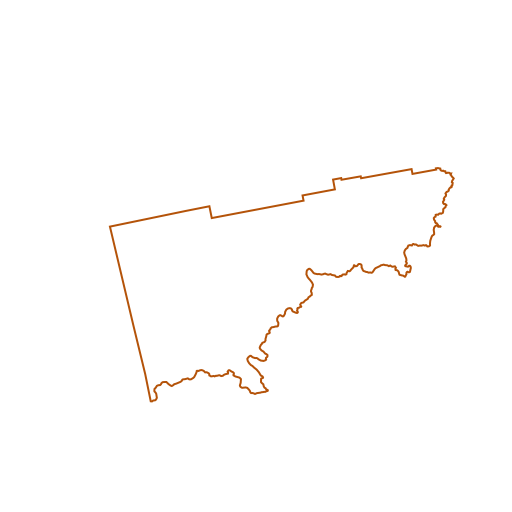 the district of General Belgrano, Buenos Aires, Argentina, rotated 125°
{"feature_id": "61730980B33550812065578", "entity_name": "General Belgrano", "entity_type": "district", "adm_level": 2, "iso_a3": "ARG", "parent_name": "Argentina", "parent_adm1": "Buenos Aires", "projection": "natural_earth1", "projection_center": [-58.766, -35.854], "detail": "fine", "context": "isolated", "style": "outline", "palette": "amber", "viewbox_px": 512, "rotation_deg": 125, "n_neighbors": 0, "source": "geoboundaries", "source_scale": "gbopen_adm2", "svg_char_len": 6115}
<svg xmlns="http://www.w3.org/2000/svg" viewBox="0 0 512 512"><g transform="rotate(125 256 256)"><path d="M372.1,193.5L372.0,192.0L371.8,191.6L369.6,189.1L369.0,187.4L369.2,186.8L369.5,185.0L370.2,183.3L370.9,182.5L371.1,181.4L370.2,180.2L369.7,178.5L369.6,177.7L367.8,176.6L365.4,174.0L364.4,173.3L363.3,172.0L362.7,171.5L362.0,170.5L361.3,170.2L359.8,169.1L359.2,169.3L359.1,169.6L359.4,171.2L358.8,172.3L359.0,173.4L358.4,174.8L356.9,176.4L356.7,178.6L356.4,179.6L353.7,181.4L353.4,181.4L351.9,180.4L351.5,180.5L351.2,180.9L350.9,181.7L351.1,183.2L350.9,184.1L349.6,186.9L348.7,190.3L348.5,193.6L348.1,195.9L348.3,197.5L347.8,200.0L346.7,202.5L345.4,204.0L345.0,204.2L343.4,204.2L342.1,203.9L341.1,203.5L340.7,202.8L340.9,200.8L340.2,198.3L339.3,197.1L339.0,196.0L339.2,194.9L338.9,192.1L337.6,189.6L335.8,188.4L335.0,188.3L334.3,189.1L333.7,189.4L332.4,189.0L331.8,189.0L331.2,189.3L330.5,189.9L330.4,191.4L330.7,192.2L330.6,192.8L330.0,195.1L330.2,197.3L329.6,199.7L328.8,200.5L326.9,200.9L325.7,201.0L324.8,200.8L323.5,201.0L321.5,199.7L320.3,199.7L319.6,199.8L318.6,200.6L315.7,201.6L314.5,202.2L313.6,202.1L311.4,200.7L310.6,201.0L310.0,202.2L309.6,202.4L307.9,202.2L306.9,202.5L305.4,202.2L304.0,200.7L302.8,199.8L301.4,198.1L301.0,197.9L300.0,198.1L298.1,199.2L297.7,199.7L297.0,201.3L296.1,202.1L295.0,202.8L292.7,203.1L291.3,202.7L290.6,202.3L290.3,200.9L290.3,199.7L289.7,199.0L288.9,198.9L286.6,199.2L285.0,200.1L282.5,200.4L280.6,199.7L279.3,198.4L278.9,197.2L279.0,196.7L279.2,195.9L279.9,195.2L280.3,194.2L279.7,191.1L279.3,190.0L279.0,189.6L278.3,189.4L277.8,189.7L277.1,191.1L275.9,191.4L275.3,192.0L274.7,192.0L273.7,191.1L272.2,190.5L271.7,189.9L271.4,190.0L271.0,191.1L270.5,191.9L269.3,192.0L268.4,191.9L266.8,190.5L264.5,190.3L261.4,189.0L259.7,189.3L258.1,188.6L257.3,188.6L256.1,188.0L255.8,188.0L254.3,189.2L253.6,190.5L252.5,191.2L251.3,191.4L250.3,191.9L248.9,191.9L246.8,192.9L245.6,194.9L244.5,198.5L244.3,199.7L243.7,201.6L242.1,204.2L239.5,205.7L238.5,206.0L236.4,205.5L235.7,204.7L235.7,203.9L235.9,202.4L236.9,199.1L236.8,198.0L235.7,195.4L234.5,193.8L233.6,191.6L232.1,190.3L231.5,190.0L230.7,189.2L230.6,188.4L230.0,186.2L228.1,184.5L228.0,182.9L226.7,180.2L227.1,178.7L226.8,177.8L226.0,176.6L225.3,176.0L224.5,175.7L223.9,175.0L223.8,175.3L223.1,174.6L221.7,174.4L221.2,174.1L220.8,173.4L220.4,173.2L220.0,172.1L219.1,171.5L218.1,172.0L215.6,172.2L214.8,170.6L214.0,170.3L212.7,170.3L209.3,169.7L208.3,170.2L207.3,170.3L207.2,169.5L207.4,168.9L207.2,168.4L206.9,168.1L206.1,167.5L204.0,167.4L203.5,167.1L203.0,166.4L202.7,165.1L202.8,164.6L203.5,163.8L204.9,162.9L205.3,161.8L206.0,161.0L206.6,159.4L206.2,158.1L205.9,156.7L205.3,155.6L205.1,154.3L203.9,152.9L203.6,151.9L203.0,151.4L202.0,151.2L198.7,151.3L197.4,151.1L193.2,148.7L192.1,148.4L189.8,146.4L189.5,145.2L188.3,143.1L188.1,141.3L186.8,140.6L186.8,138.9L186.5,138.0L184.8,136.3L185.4,134.6L186.6,134.5L187.4,133.6L186.7,132.1L186.9,130.8L187.1,130.2L189.0,127.8L188.9,127.0L188.5,126.3L188.4,125.7L187.7,124.3L187.6,122.1L187.2,121.9L185.9,122.2L184.6,122.3L183.6,123.1L182.7,123.2L182.0,122.9L181.7,121.4L181.2,121.0L180.7,120.8L177.0,122.3L176.1,123.2L175.8,123.9L175.8,124.5L176.2,125.0L177.1,125.1L177.6,125.4L178.6,127.7L178.5,128.2L177.7,128.4L175.8,128.1L175.4,128.3L175.0,128.8L174.7,129.9L173.2,130.3L171.8,131.6L169.4,135.3L168.2,136.6L166.1,137.3L164.4,137.3L162.4,136.6L161.4,137.0L160.1,137.2L158.7,136.1L158.3,134.9L157.9,134.3L156.6,134.4L156.0,134.1L155.8,133.8L155.7,132.6L154.8,131.7L154.7,129.1L154.5,128.7L153.4,127.7L152.8,126.6L151.0,125.0L150.6,123.6L149.6,123.0L149.5,122.6L149.9,121.1L149.0,120.0L148.0,119.5L147.5,119.5L145.9,120.7L143.5,122.0L139.8,123.1L138.3,123.3L136.8,122.7L135.9,122.6L134.6,123.6L132.7,125.4L130.5,126.4L128.2,126.2L127.3,125.3L127.3,124.4L127.5,123.7L127.3,123.1L126.4,122.1L126.0,121.0L126.0,122.3L126.9,123.7L126.1,124.9L125.5,126.8L125.9,127.7L125.5,128.7L124.7,129.2L124.1,131.0L123.0,132.1L122.2,132.1L121.1,131.8L120.7,131.5L119.2,132.4L118.2,131.5L117.8,130.5L116.2,130.2L115.4,129.5L115.3,128.8L115.1,128.5L113.4,127.7L111.8,128.4L110.4,129.4L109.9,129.5L107.3,128.8L106.4,129.3L105.1,129.2L104.9,130.3L105.1,131.3L105.6,131.9L105.4,132.9L104.4,133.9L102.2,134.0L101.8,134.2L101.6,134.9L101.3,135.1L99.8,135.2L97.8,134.9L96.6,135.6L96.2,136.6L95.8,136.7L94.1,136.6L93.4,136.0L92.0,135.6L91.7,135.7L91.2,136.2L89.7,136.3L88.0,136.0L87.7,135.4L87.3,135.3L86.9,135.4L86.6,135.9L86.1,136.2L85.3,135.8L83.3,136.8L83.2,137.9L83.0,138.0L81.9,138.4L79.1,138.5L78.8,139.3L78.8,140.0L78.5,141.4L77.8,142.6L77.9,143.2L77.7,143.5L76.6,143.6L76.9,144.0L77.0,145.4L77.9,146.9L78.5,147.2L79.1,147.9L78.8,148.7L78.0,149.4L78.0,149.6L78.7,150.6L78.7,151.5L79.3,152.0L79.8,153.1L79.7,154.2L78.7,155.2L79.1,155.7L79.1,156.3L79.7,157.5L81.0,158.9L81.9,158.0L99.0,174.9L95.6,178.4L132.0,214.5L130.7,215.9L144.5,229.7L143.3,230.9L149.2,236.7L156.2,229.6L179.7,252.6L183.4,248.8L250.3,314.0L242.0,322.7L259.4,339.4L315.7,392.5L383.4,316.4L416.3,279.0L435.4,258.9L434.8,257.8L433.3,257.3L432.1,255.9L431.2,255.6L429.7,255.7L428.9,256.0L426.1,258.7L425.5,259.9L425.2,261.5L424.2,262.3L423.0,262.9L421.6,262.6L419.2,262.7L417.9,261.9L416.7,260.5L415.7,260.3L414.2,260.5L413.2,260.2L412.7,259.9L411.1,257.9L410.6,257.1L411.1,254.2L411.1,251.6L410.8,250.4L409.0,249.6L408.0,249.5L406.4,248.2L402.3,245.6L400.7,245.2L399.6,245.4L399.0,245.1L397.5,243.4L395.4,241.7L395.3,241.2L395.4,240.3L395.0,239.3L394.1,238.4L391.7,237.4L390.5,237.2L387.4,237.6L385.2,238.1L384.2,238.6L383.8,238.4L383.3,237.3L381.6,236.2L380.6,235.1L380.3,234.1L380.1,232.9L380.5,230.9L379.5,229.7L379.2,227.5L379.5,226.6L380.6,225.7L380.4,224.8L380.5,224.2L380.1,223.4L378.5,221.8L378.3,220.8L377.3,220.3L376.9,219.9L376.8,219.5L374.8,217.8L374.5,217.1L374.5,216.4L374.3,215.6L373.2,214.5L371.7,214.1L370.4,213.3L368.4,211.5L367.6,211.9L367.0,212.9L365.5,212.9L365.0,212.6L364.7,211.9L364.7,209.7L364.4,208.5L364.6,207.0L365.4,206.4L366.4,206.3L366.7,205.9L366.5,203.8L365.1,199.8L365.2,198.9L365.5,197.7L368.7,195.8L371.2,195.0L371.8,194.3L372.1,193.5Z" fill="none" stroke="#b45309" stroke-width="2"/></g></svg>